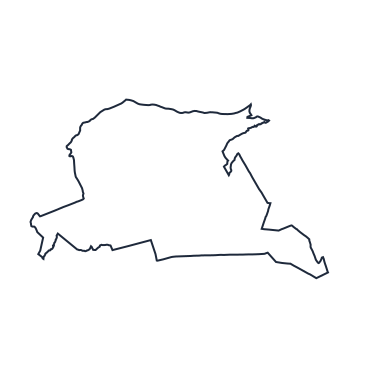 the district of Kinangop, Central, Kenya, rotated 283°
{"feature_id": "3690345B46347977633631", "entity_name": "Kinangop", "entity_type": "district", "adm_level": 2, "iso_a3": "KEN", "parent_name": "Kenya", "parent_adm1": "Central", "projection": "orthographic", "projection_center": [36.624, -0.731], "detail": "fine", "context": "isolated", "style": "outline", "palette": "slate", "viewbox_px": 384, "rotation_deg": 283, "n_neighbors": 0, "source": "geoboundaries", "source_scale": "gbopen_adm2", "svg_char_len": 5991}
<svg xmlns="http://www.w3.org/2000/svg" viewBox="0 0 384 384"><g transform="rotate(283 192 192)"><path d="M266.5,163.5L266.4,162.2L266.6,160.8L266.9,159.3L267.8,156.5L268.1,155.0L268.1,153.5L267.9,150.5L267.4,147.9L267.4,146.8L267.9,143.5L268.0,142.1L268.3,140.9L268.5,138.8L268.7,137.6L268.6,135.4L268.3,133.6L267.7,132.0L267.3,131.5L266.8,129.9L266.1,125.4L265.8,122.5L265.7,121.0L265.9,119.4L266.3,118.0L267.4,114.5L267.6,112.1L267.6,110.1L267.2,107.0L266.7,106.7L263.3,104.1L262.1,102.9L261.7,102.3L257.6,96.9L255.1,93.3L254.4,92.2L253.7,90.8L253.3,89.4L252.9,88.6L252.5,88.0L249.2,84.7L242.7,80.6L241.0,79.2L240.5,78.2L239.9,77.4L239.2,76.8L238.3,76.4L237.7,75.8L236.7,74.4L236.5,73.6L235.8,72.3L235.0,70.5L234.4,70.0L233.8,69.7L232.4,69.4L231.6,68.9L230.0,68.5L229.2,68.6L226.6,69.2L226.0,69.0L223.0,68.5L221.9,67.7L221.5,67.2L221.3,66.6L220.8,66.0L219.8,65.3L219.1,65.0L218.0,64.1L216.9,63.5L216.0,63.2L215.2,63.3L213.6,62.9L212.8,62.5L212.0,61.9L209.8,60.6L209.1,60.0L208.4,59.6L207.5,59.8L206.1,61.0L206.0,62.3L206.2,63.1L205.9,64.5L204.7,65.0L203.5,65.5L202.7,65.3L201.8,64.9L201.1,64.6L200.4,64.3L199.5,64.4L199.3,65.0L199.5,65.7L199.9,66.4L200.0,67.1L199.8,67.9L198.9,68.6L196.6,69.8L193.5,70.7L189.6,71.9L187.5,72.5L185.9,73.0L184.6,73.5L180.9,75.2L180.2,75.7L179.6,76.4L177.9,78.1L176.7,79.2L171.0,84.0L168.5,85.3L167.8,85.5L166.1,86.6L164.9,86.5L164.1,86.5L163.3,86.8L162.5,87.2L161.3,88.0L160.5,87.6L159.9,86.9L159.4,86.3L157.2,83.1L156.7,82.2L156.4,81.6L155.8,81.0L155.1,80.0L151.4,74.6L148.4,70.0L143.0,62.5L134.4,50.0L134.1,49.3L136.3,46.6L136.6,45.5L136.1,44.6L135.6,44.0L133.6,42.9L132.5,42.6L131.8,42.7L129.5,41.9L128.5,41.6L126.5,41.4L125.6,41.9L124.8,42.3L124.2,42.4L122.6,43.2L122.4,44.3L122.6,45.2L122.8,45.9L122.5,46.7L121.5,47.9L119.6,49.3L118.1,50.3L114.1,57.2L100.7,57.3L96.9,56.2L94.8,60.8L94.1,61.1L93.7,61.5L93.4,62.3L95.1,62.1L96.0,62.2L96.6,62.7L97.3,62.8L98.2,63.1L98.9,63.0L99.5,63.4L100.3,64.2L101.2,64.6L101.8,65.2L102.7,65.5L103.0,66.1L103.1,66.7L103.6,67.2L104.3,67.2L104.7,67.7L105.0,68.4L105.7,68.8L106.5,69.0L107.0,69.2L108.3,68.7L108.7,69.5L109.6,69.0L110.5,69.4L111.6,69.3L112.6,69.9L113.4,69.9L114.1,70.1L114.9,69.9L115.8,70.3L117.1,70.5L117.9,70.4L119.0,69.9L121.3,70.6L110.2,93.0L110.2,93.9L110.0,95.2L110.3,95.9L110.5,96.8L110.1,98.7L110.5,100.3L110.3,101.0L110.4,101.6L110.8,102.2L111.4,102.8L111.6,103.4L113.0,104.9L113.8,105.3L116.4,105.8L115.8,106.8L115.0,107.3L114.3,108.0L113.4,108.7L113.6,110.2L113.8,111.1L116.6,113.0L117.4,113.8L118.0,114.4L119.1,114.3L119.6,114.9L120.2,115.7L120.1,116.5L120.3,117.5L120.8,119.3L121.5,120.9L121.6,121.9L121.4,123.2L121.6,124.0L121.5,124.7L117.5,127.6L125.2,142.5L135.9,162.7L123.3,170.4L117.3,173.1L117.3,173.8L119.9,179.1L123.9,186.4L124.5,187.8L125.5,190.7L129.4,205.2L130.3,208.1L131.7,213.6L132.3,215.3L132.9,217.7L133.3,219.4L134.9,226.0L135.7,229.0L137.0,233.3L138.0,237.8L139.4,242.8L140.7,248.4L142.6,256.2L143.5,259.5L145.2,266.5L146.4,270.9L147.9,276.0L148.2,276.8L148.8,277.6L149.9,279.4L142.7,289.6L143.1,295.8L143.9,302.0L144.3,304.0L143.1,307.8L142.1,311.6L138.6,323.7L138.3,325.5L136.0,332.5L144.2,342.6L145.0,342.0L149.9,339.1L152.1,337.7L154.2,336.5L156.3,335.5L158.0,334.3L157.3,333.3L156.6,333.2L155.8,333.2L155.0,333.0L153.4,332.6L152.2,332.0L151.6,331.8L151.2,331.2L151.7,330.3L153.3,328.5L153.9,327.9L157.3,325.8L159.6,324.1L161.3,323.0L163.0,321.6L164.2,320.5L164.9,320.0L165.5,319.8L167.4,319.4L169.7,318.1L170.9,317.3L172.3,316.9L173.5,314.8L174.5,312.8L175.1,311.1L177.2,306.4L178.8,303.3L179.3,302.7L179.4,301.9L180.9,298.6L181.7,297.2L181.8,296.4L181.4,295.7L180.9,294.9L176.8,289.1L176.0,287.8L173.9,285.1L173.0,278.0L172.9,277.2L172.7,275.5L172.0,270.8L171.8,268.2L178.4,268.8L182.7,269.3L184.1,269.3L185.3,269.8L187.8,270.1L190.5,270.4L192.2,270.3L196.5,270.8L198.7,270.9L198.5,269.8L198.4,268.0L204.9,261.9L207.1,259.9L209.9,256.7L220.1,247.2L223.5,244.3L224.8,242.8L230.0,238.1L234.3,233.9L235.8,232.6L237.5,231.0L239.3,229.6L240.1,228.4L239.2,227.6L238.4,227.4L237.7,227.3L235.5,226.3L234.4,226.1L232.7,226.2L231.7,225.4L230.6,224.8L229.6,224.3L228.9,224.0L227.5,223.8L225.9,224.0L224.9,224.0L223.2,224.6L222.1,225.4L221.2,225.5L220.1,225.0L219.3,224.4L218.7,224.1L217.3,224.3L216.6,224.1L223.9,217.4L225.0,218.0L225.9,218.9L226.6,219.5L227.3,220.0L229.3,219.7L230.1,219.7L230.7,220.1L232.4,217.6L233.1,216.7L233.9,215.9L234.6,215.3L237.6,213.2L238.5,212.6L239.6,213.4L240.3,213.8L244.6,214.9L245.5,215.1L246.2,215.2L247.3,215.4L248.7,216.0L249.5,216.5L250.5,216.8L251.2,217.4L251.5,218.0L252.2,219.1L252.9,219.9L253.7,220.4L254.8,221.2L255.3,221.7L256.6,223.1L257.0,224.0L257.1,224.6L257.8,225.2L259.5,227.0L260.2,227.8L260.9,228.8L261.7,230.5L262.1,230.9L263.1,231.2L264.0,231.7L264.5,232.8L265.1,233.1L266.5,232.4L266.9,232.9L267.2,233.8L268.1,235.4L268.8,236.0L269.1,236.5L269.3,237.5L269.9,237.9L270.7,238.1L270.6,238.8L270.1,239.4L270.3,240.1L270.9,240.4L271.6,240.3L272.2,240.7L272.5,241.5L273.3,242.1L273.1,242.8L273.6,243.8L274.6,244.3L274.8,245.0L275.4,245.4L275.8,246.5L276.5,246.7L276.2,247.4L276.0,248.3L277.0,249.4L277.6,250.1L278.9,251.0L279.2,250.4L278.8,249.7L278.7,248.0L279.0,244.8L279.2,244.1L279.3,243.3L279.7,242.6L280.0,241.6L280.4,239.5L280.3,238.5L279.8,237.9L279.2,237.5L278.7,236.8L277.8,235.5L277.5,234.7L277.3,233.7L277.2,232.0L276.7,229.2L277.6,229.1L278.2,229.8L279.3,231.5L280.2,232.6L281.0,231.8L282.2,230.5L283.7,229.7L285.4,229.5L287.1,229.6L288.0,229.8L289.1,229.9L290.0,229.9L290.6,229.6L290.0,229.3L286.8,226.5L284.7,224.6L283.6,223.4L281.4,220.8L279.6,218.4L278.7,216.5L278.3,215.9L277.9,215.1L277.0,212.9L275.8,208.9L275.6,207.7L275.1,205.4L274.7,203.2L274.6,201.9L274.7,200.2L274.9,199.1L274.8,198.0L274.2,193.6L273.9,192.5L273.9,191.8L272.6,188.9L271.8,186.5L271.8,185.8L271.9,185.0L271.9,184.1L271.8,180.8L271.8,179.9L271.9,177.9L271.7,177.0L271.5,176.1L270.9,174.7L269.1,172.0L268.8,171.4L268.5,170.6L268.3,167.8L267.9,166.6L267.4,165.8L267.0,165.2L266.5,163.5Z" fill="none" stroke="#1e293b" stroke-width="2"/></g></svg>